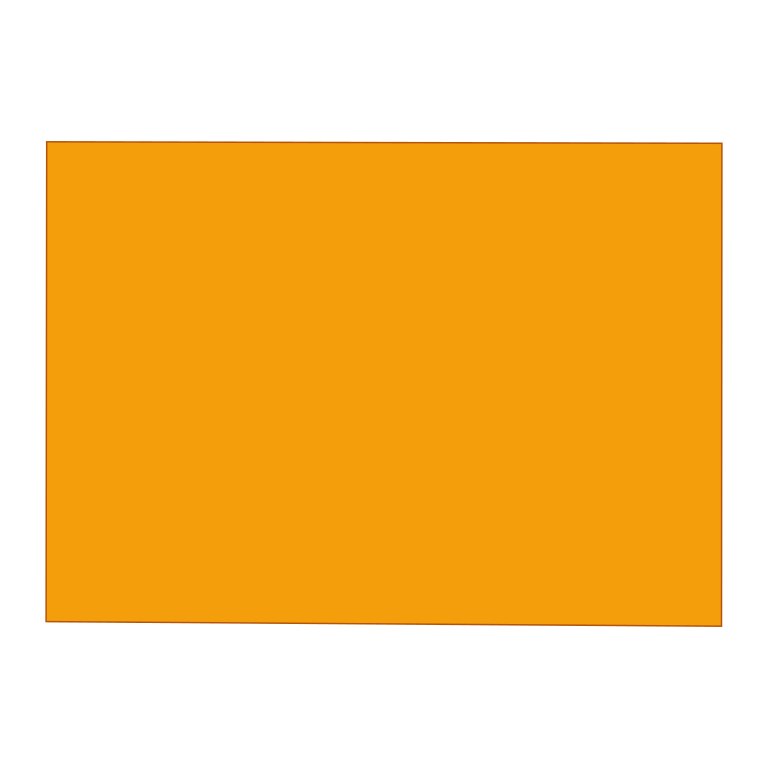 Union, Iowa, United States of America
{"feature_id": "52423323B51615834161457", "entity_name": "Union", "entity_type": "district", "adm_level": 2, "iso_a3": "USA", "parent_name": "United States of America", "parent_adm1": "Iowa", "projection": "natural_earth1", "projection_center": [-94.28, 41.027], "detail": "fine", "context": "isolated", "style": "filled", "palette": "amber", "viewbox_px": 768, "rotation_deg": 0, "n_neighbors": 0, "source": "geoboundaries", "source_scale": "gbopen_adm2", "svg_char_len": 201}
<svg xmlns="http://www.w3.org/2000/svg" viewBox="0 0 768 768"><path d="M46.7,141.8L46.1,621.6L721.5,626.2L721.9,143.3L385.4,142.6L46.7,141.8Z" fill="#f59e0b" stroke="#b45309" stroke-width="1.5"/></svg>